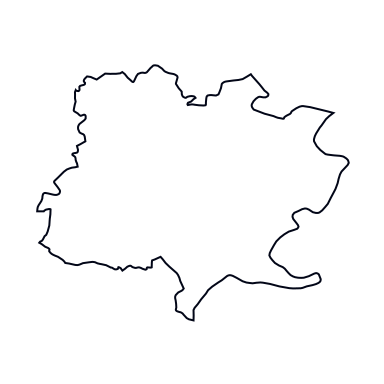 outline of Viet Yen, Bắc Giang, Vietnam, rotated 280°
{"feature_id": "81297802B30186135932553", "entity_name": "Viet Yen", "entity_type": "district", "adm_level": 2, "iso_a3": "VNM", "parent_name": "Vietnam", "parent_adm1": "Bắc Giang", "projection": "equal_earth", "projection_center": [106.091, 21.27], "detail": "fine", "context": "isolated", "style": "outline", "palette": "ink", "viewbox_px": 384, "rotation_deg": 280, "n_neighbors": 0, "source": "geoboundaries", "source_scale": "gbopen_adm2", "svg_char_len": 5979}
<svg xmlns="http://www.w3.org/2000/svg" viewBox="0 0 384 384"><g transform="rotate(280 192 192)"><path d="M298.0,102.5L296.4,100.7L295.2,96.6L294.1,90.6L293.5,85.9L286.2,78.6L287.0,75.0L287.7,72.3L287.6,68.6L285.5,67.1L284.1,66.3L282.8,66.1L282.1,66.3L281.5,66.9L280.9,67.7L279.7,67.8L279.1,67.4L278.4,66.2L277.9,65.0L277.1,63.4L276.0,62.8L273.0,63.5L272.2,63.2L271.7,62.8L271.6,62.1L271.6,61.1L271.8,60.2L272.2,59.8L270.0,59.4L267.7,59.9L263.9,60.5L260.8,61.7L257.9,61.4L254.3,61.3L252.4,61.3L251.7,61.4L251.1,61.9L250.5,63.3L249.8,65.2L249.5,65.9L248.5,67.3L247.7,68.9L247.9,69.6L249.2,71.8L249.4,72.3L249.3,73.2L249.1,73.5L248.3,74.1L246.0,74.5L245.2,74.2L243.9,73.4L239.6,69.5L238.4,68.9L236.9,68.5L235.4,68.6L234.0,69.0L231.1,71.0L230.4,72.9L230.0,74.8L229.4,75.8L228.0,76.7L223.4,78.2L219.5,73.5L217.4,70.7L216.7,71.0L213.8,72.4L212.7,72.5L211.8,72.5L211.2,72.2L210.9,72.0L210.1,70.3L209.9,69.5L209.4,68.4L209.1,67.9L208.7,67.7L207.9,67.7L207.1,69.0L206.8,69.9L206.1,70.9L205.1,71.4L203.3,71.9L201.6,72.8L200.2,73.8L197.1,75.0L196.1,72.7L195.1,69.5L193.9,67.2L192.4,64.8L189.7,62.3L182.2,57.0L179.1,54.7L178.4,54.4L177.4,54.6L176.4,55.6L173.6,58.7L171.2,61.1L170.6,61.6L169.8,61.9L168.5,61.9L167.5,61.6L166.8,61.1L165.9,59.7L165.5,58.7L165.3,57.0L165.3,55.6L165.6,50.4L165.6,47.8L165.4,46.9L164.9,46.3L164.5,45.9L163.4,45.6L161.9,45.5L159.6,45.7L156.9,45.2L152.2,43.2L150.3,42.7L148.5,42.7L146.1,42.9L147.2,49.4L148.1,49.9L149.3,51.3L150.4,54.1L150.5,54.9L150.5,55.5L150.4,55.7L145.4,56.4L140.9,56.6L134.2,57.3L127.9,56.7L124.5,55.9L122.9,54.5L119.3,53.4L117.8,52.6L116.7,51.0L115.5,50.4L114.6,53.0L113.9,54.4L112.6,56.9L112.0,59.5L111.8,60.2L111.3,61.1L110.8,61.6L109.0,61.6L108.4,62.1L107.5,63.2L106.7,64.5L106.1,66.1L105.6,67.9L104.9,71.3L102.7,76.4L101.3,78.4L100.1,79.5L100.2,83.4L99.9,89.6L100.0,90.8L100.2,92.1L100.9,93.7L103.0,97.0L104.9,102.8L105.9,106.1L106.0,107.7L106.0,108.7L105.3,111.5L105.3,112.3L105.2,113.2L105.2,115.5L105.0,120.2L103.5,125.2L103.6,125.8L103.5,126.7L103.1,127.5L102.5,129.1L102.5,129.9L102.6,130.7L103.1,131.8L103.4,132.3L105.2,132.6L105.2,133.2L104.6,135.0L102.5,137.1L104.7,139.3L107.2,141.3L108.2,142.8L108.6,143.7L108.7,144.1L108.6,144.7L108.4,145.2L108.0,145.8L107.7,146.5L107.4,148.7L107.4,149.3L107.5,150.0L108.3,151.8L108.6,152.9L108.4,154.7L107.8,156.6L107.4,159.4L107.5,159.9L108.1,160.7L109.4,160.7L109.8,160.9L110.0,161.1L110.4,164.7L110.8,165.4L115.5,164.7L116.7,164.6L117.7,164.6L118.0,165.1L119.0,166.9L122.7,172.3L120.7,174.8L117.5,178.3L114.6,182.6L109.5,191.0L107.9,192.6L105.2,194.5L102.3,195.9L95.5,200.6L94.1,199.9L93.0,199.0L90.7,195.9L87.7,193.9L86.8,193.7L85.8,193.6L84.4,193.9L82.2,194.8L79.0,195.8L75.6,196.6L73.4,196.5L72.8,196.7L72.2,197.4L71.9,198.4L71.6,200.6L71.6,201.6L71.3,202.6L70.7,203.9L69.8,204.9L66.9,208.7L66.1,211.1L65.8,215.8L70.5,215.1L76.0,214.0L78.4,214.7L82.5,217.1L88.0,219.7L94.4,223.4L98.1,224.9L102.3,228.3L107.5,233.6L110.2,236.6L115.3,241.1L116.1,242.2L116.4,242.9L116.7,243.8L116.7,245.2L116.5,246.7L115.2,250.9L112.9,257.3L112.3,261.3L112.4,264.2L112.6,267.5L113.8,271.2L114.8,275.1L115.0,277.6L115.0,284.9L114.2,294.5L114.2,298.8L114.2,302.2L114.2,304.4L114.6,308.4L116.1,315.8L116.8,317.6L119.0,321.4L121.2,326.8L122.8,330.0L124.3,332.2L125.5,333.4L126.8,334.0L128.5,333.9L131.1,332.3L132.9,331.2L133.6,329.8L133.7,328.3L132.9,326.6L129.4,321.7L127.0,317.0L126.4,314.4L126.0,311.4L126.0,308.3L126.4,306.1L127.3,303.5L128.9,301.2L130.8,298.8L132.6,296.7L133.8,294.4L134.7,290.5L136.5,286.0L138.9,282.9L141.0,280.6L143.0,279.2L145.3,279.2L148.3,280.0L154.0,282.0L158.0,283.6L162.6,286.8L166.4,290.3L169.8,294.2L172.4,299.1L174.1,302.0L175.4,302.7L176.4,302.9L177.8,302.1L179.6,300.2L182.9,296.5L185.0,295.3L187.0,295.2L189.3,296.4L191.8,300.2L194.2,303.4L195.4,306.1L195.5,307.9L195.0,310.1L193.8,312.9L193.1,314.5L192.9,317.6L193.3,319.8L194.0,321.1L196.5,323.4L200.4,325.8L203.9,327.8L210.0,329.6L217.4,332.0L220.0,332.8L226.0,333.9L230.3,334.1L235.0,334.7L238.1,335.7L245.6,340.6L247.9,341.3L249.5,340.6L250.6,339.9L251.8,338.2L252.9,335.7L253.2,334.7L253.3,333.3L253.3,331.3L252.7,325.1L252.5,321.3L252.4,319.1L252.5,316.9L253.4,315.2L255.7,311.0L258.7,307.0L263.1,303.4L264.7,303.0L265.7,303.0L268.4,303.3L271.2,304.1L277.7,306.7L280.0,308.0L287.0,311.3L290.5,313.9L294.4,317.5L294.9,312.0L296.1,293.6L295.9,286.4L295.6,285.1L294.7,283.1L292.6,280.2L289.2,276.6L288.4,276.0L287.1,275.7L286.4,275.3L285.8,274.8L283.7,272.0L282.7,270.9L281.7,270.0L281.1,269.8L280.3,269.7L280.1,269.5L279.9,268.7L280.0,267.0L280.0,263.7L280.3,261.8L280.9,259.1L281.7,249.9L283.9,238.5L284.9,237.4L286.0,236.4L287.2,235.8L287.9,235.7L288.8,235.7L292.0,236.8L294.9,238.7L296.8,240.6L297.4,241.6L297.6,242.5L297.6,245.9L298.0,248.0L298.9,249.2L299.6,250.0L300.4,250.3L301.0,250.3L301.7,250.2L302.8,248.9L304.5,245.7L307.4,242.5L309.9,239.6L316.8,230.9L318.2,229.5L315.2,226.1L312.0,222.3L310.4,218.3L309.0,213.4L306.9,206.8L306.4,205.5L305.8,204.5L304.6,203.2L303.6,202.6L299.3,202.5L294.7,201.6L292.7,201.1L291.2,198.9L291.1,198.1L290.8,194.0L290.4,192.3L289.7,190.6L288.6,189.9L286.9,189.8L283.0,190.1L280.4,190.5L279.8,190.3L279.2,188.5L278.6,183.7L278.4,179.6L278.4,178.4L278.3,176.9L277.9,175.4L276.9,172.8L277.5,172.3L278.3,172.3L279.2,172.6L280.9,175.4L283.7,177.4L285.3,179.1L286.1,178.2L286.4,177.7L286.5,176.7L286.5,175.9L286.4,174.9L286.0,173.3L285.1,171.2L284.6,170.5L283.9,169.9L283.6,169.2L283.6,168.9L284.1,167.0L284.6,166.3L285.1,165.8L285.8,165.4L286.5,165.0L289.1,164.4L291.9,160.9L295.7,157.4L296.4,157.3L302.2,157.9L303.3,157.5L303.9,156.8L304.6,155.1L304.9,153.9L305.0,152.8L305.0,149.6L305.1,148.1L305.8,144.9L306.4,143.6L308.3,141.1L310.4,136.5L310.4,134.1L310.2,132.9L309.9,132.1L309.4,131.5L307.8,130.4L307.2,129.8L302.2,126.8L301.7,126.3L301.1,125.1L301.0,124.2L301.0,122.8L300.5,121.0L298.9,118.3L296.4,117.1L291.2,115.7L290.4,115.3L290.1,115.0L290.1,114.2L290.6,113.3L291.3,112.3L293.4,108.8L296.5,105.3L298.0,102.5Z" fill="none" stroke="#020617" stroke-width="2"/></g></svg>